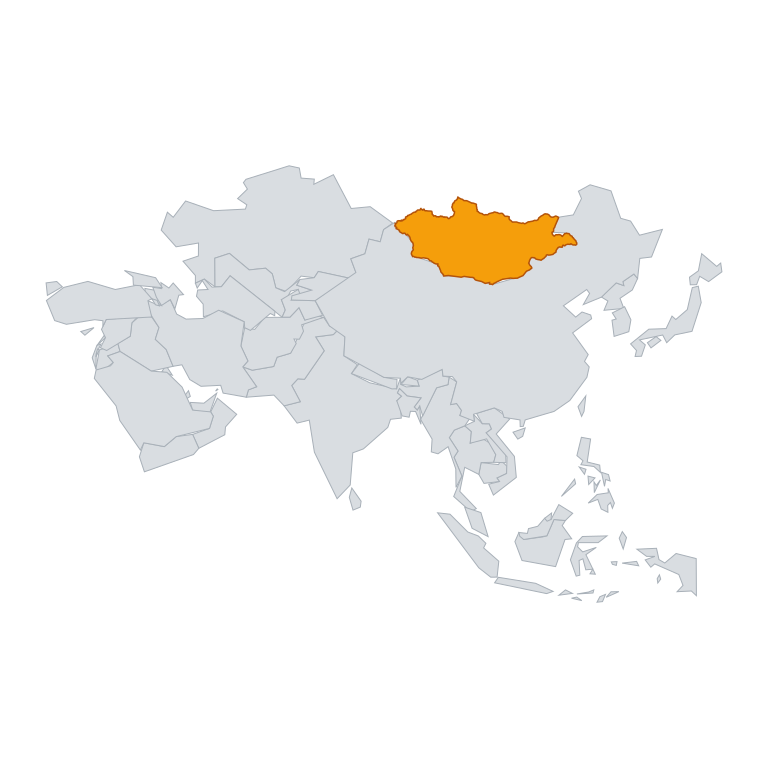 Asia, with Mongolia highlighted
{"feature_id": "MNG", "entity_name": "Mongolia", "entity_type": "country or territory", "adm_level": 0, "iso_a3": "MNG", "parent_name": "Asia", "parent_adm1": "", "projection": "mercator", "projection_center": [102.872, 46.856], "detail": "fine", "context": "in_parent", "style": "filled", "palette": "amber", "viewbox_px": 768, "rotation_deg": 0, "n_neighbors": 45, "source": "natural_earth", "source_scale": "50m", "svg_char_len": 18733}
<svg xmlns="http://www.w3.org/2000/svg" viewBox="0 0 768 768"><path d="M392.7,223.1L383.6,229.6L380.2,241.8L369.0,239.1L364.9,253.8L350.8,258.8L355.9,272.5L352.5,278.9L318.3,271.5L314.2,277.7L301.1,276.1L286.7,291.6L275.8,287.8L272.3,273.9L265.6,268.2L249.2,269.9L229.4,253.4L214.8,258.2L215.0,286.8L204.3,279.1L195.4,283.2L195.4,275.5L183.0,261.2L198.4,256.0L198.5,243.0L176.1,246.8L161.2,230.1L167.4,212.2L173.2,217.3L185.6,201.0L213.6,210.7L245.4,209.1L246.8,204.8L237.6,198.6L247.4,189.1L243.4,182.6L246.0,179.3L289.1,165.8L299.3,168.0L301.1,178.1L314.3,179.1L313.8,184.3L333.4,174.7L351.2,208.5L370.2,206.7L392.7,223.1Z" fill="#d9dde1" stroke="#a8b0b8" stroke-width="1"/><path d="M215.0,286.8L214.8,258.2L229.4,253.4L249.2,269.9L265.6,268.2L272.3,273.9L275.8,287.8L284.6,291.6L299.9,279.5L296.8,285.2L311.7,290.1L304.5,295.5L297.8,294.9L298.2,289.4L290.6,291.1L286.1,300.0L281.4,299.6L285.3,310.0L282.1,317.2L230.1,275.8L221.4,286.7L215.0,286.8Z" fill="#d9dde1" stroke="#a8b0b8" stroke-width="1"/><path d="M696.2,558.6L696.4,595.7L691.4,591.0L677.1,591.7L683.0,585.4L678.8,574.5L654.7,563.9L650.8,567.2L645.2,559.9L654.9,556.4L646.6,556.4L636.9,549.2L656.5,548.3L659.0,559.6L664.8,563.0L676.1,553.5L696.2,558.6ZM605.5,594.4L602.5,601.6L597.0,602.2L599.9,596.7L605.5,594.4ZM657.8,583.0L657.2,578.7L659.4,574.8L660.7,579.1L657.8,583.0ZM565.4,520.5L562.2,525.6L571.7,538.8L565.0,539.5L555.6,566.6L522.0,560.5L514.9,541.6L518.9,532.5L523.7,539.5L542.3,537.0L546.9,535.8L554.0,519.5L565.4,520.5ZM622.1,563.1L636.6,561.4L638.7,565.8L622.1,563.1ZM616.3,565.4L612.4,564.3L611.3,561.9L617.0,561.6L616.3,565.4ZM622.3,531.6L626.5,537.5L623.2,549.0L619.2,538.2L622.3,531.6ZM582.4,536.5L607.0,535.9L598.2,542.6L578.4,542.6L577.6,546.8L582.7,551.9L596.3,547.4L585.9,554.7L595.3,574.2L590.0,573.8L592.8,569.2L585.8,569.8L582.9,558.8L579.1,560.5L579.8,575.2L576.2,576.1L570.4,559.8L576.4,543.0L582.4,536.5ZM581.8,600.6L571.5,598.2L576.8,597.1L581.8,600.6ZM576.9,594.0L588.7,592.0L593.8,589.9L593.0,593.0L576.9,594.0ZM565.5,589.9L572.4,593.4L558.9,595.2L565.5,589.9ZM498.4,577.3L535.6,583.3L553.1,591.4L546.6,593.6L494.6,582.8L498.4,577.3ZM483.6,547.9L498.8,561.2L497.1,577.1L490.8,577.2L478.8,567.8L437.6,512.8L450.0,514.2L467.8,532.0L478.3,536.0L485.9,543.3L483.6,547.9Z" fill="#d9dde1" stroke="#a8b0b8" stroke-width="1"/><path d="M606.2,597.3L611.0,591.8L618.9,591.6L606.2,597.3Z" fill="#d9dde1" stroke="#a8b0b8" stroke-width="1"/><path d="M101.0,344.0L96.2,353.5L95.9,369.0L92.2,357.8L96.9,345.3L101.0,344.0Z" fill="#d9dde1" stroke="#a8b0b8" stroke-width="1"/><path d="M105.5,337.7L97.1,345.3L104.5,335.0L105.5,337.7Z" fill="#d9dde1" stroke="#a8b0b8" stroke-width="1"/><path d="M99.4,350.0L95.9,356.9L97.4,349.0L99.4,350.0Z" fill="#d9dde1" stroke="#a8b0b8" stroke-width="1"/><path d="M99.4,350.0L117.8,343.3L120.1,351.5L107.7,355.9L113.3,362.5L102.4,371.0L95.9,369.0L99.4,350.0Z" fill="#d9dde1" stroke="#a8b0b8" stroke-width="1"/><path d="M190.2,402.4L203.9,403.2L216.7,393.2L209.6,413.2L192.6,410.1L190.2,402.4Z" fill="#d9dde1" stroke="#a8b0b8" stroke-width="1"/><path d="M185.8,399.2L185.4,394.7L188.5,390.7L190.3,396.4L185.8,399.2Z" fill="#d9dde1" stroke="#a8b0b8" stroke-width="1"/><path d="M166.0,365.4L172.3,375.2L161.8,371.7L166.0,365.4Z" fill="#d9dde1" stroke="#a8b0b8" stroke-width="1"/><path d="M120.1,351.5L117.8,343.3L130.3,336.2L131.9,322.8L140.4,315.5L151.7,317.0L159.0,327.5L155.3,339.3L166.2,349.5L173.1,366.3L151.3,371.1L120.1,351.5Z" fill="#d9dde1" stroke="#a8b0b8" stroke-width="1"/><path d="M210.7,411.9L217.4,398.2L236.7,414.3L225.5,426.9L224.8,434.7L198.8,448.3L192.6,434.4L209.5,428.4L213.3,416.2L210.7,411.9ZM217.9,389.5L215.6,391.1L217.2,388.9L217.9,389.5Z" fill="#d9dde1" stroke="#a8b0b8" stroke-width="1"/><path d="M478.8,474.4L481.1,462.6L498.4,464.6L501.0,460.5L507.3,466.6L506.6,473.5L497.1,478.0L499.6,481.5L484.0,483.4L478.8,474.4Z" fill="#d9dde1" stroke="#a8b0b8" stroke-width="1"/><path d="M493.7,462.3L481.1,462.6L478.8,474.4L464.7,467.3L459.8,491.4L476.3,508.6L470.7,511.6L453.7,496.5L461.9,476.1L454.0,457.3L458.0,451.1L449.3,437.7L454.3,430.1L464.8,425.8L471.4,431.6L470.2,443.2L482.3,438.5L490.9,443.7L495.8,454.7L493.7,462.3Z" fill="#d9dde1" stroke="#a8b0b8" stroke-width="1"/><path d="M506.0,462.7L493.7,462.3L495.8,454.7L486.6,438.9L470.2,443.2L471.4,431.6L464.8,425.8L474.4,421.3L473.5,414.3L482.3,423.7L489.3,423.8L491.5,429.0L486.2,432.8L505.6,452.7L506.0,462.7Z" fill="#d9dde1" stroke="#a8b0b8" stroke-width="1"/><path d="M464.8,425.8L454.3,430.1L449.3,437.7L458.0,451.1L454.0,457.3L461.9,476.1L456.0,487.4L455.8,469.0L448.1,446.7L438.0,453.8L431.3,451.9L432.1,439.1L420.6,419.4L436.6,387.8L448.0,384.6L449.1,377.1L456.7,381.9L450.6,404.6L456.6,403.5L461.5,410.4L459.9,415.5L470.7,417.1L464.8,425.8Z" fill="#d9dde1" stroke="#a8b0b8" stroke-width="1"/><path d="M488.7,484.2L499.6,481.5L497.1,478.0L506.6,473.5L507.0,456.8L486.2,432.8L491.5,429.0L489.3,423.8L482.3,423.7L476.5,413.4L494.3,407.9L509.7,419.0L496.2,434.0L514.4,456.4L516.3,477.4L493.4,495.1L488.7,484.2Z" fill="#d9dde1" stroke="#a8b0b8" stroke-width="1"/><path d="M637.6,278.5L632.3,290.0L620.0,298.3L623.8,308.4L604.0,310.3L607.9,301.0L601.5,297.1L606.1,292.3L616.2,282.9L623.8,285.6L622.9,281.6L633.9,274.0L637.6,278.5Z" fill="#d9dde1" stroke="#a8b0b8" stroke-width="1"/><path d="M612.3,312.9L624.6,306.7L630.9,319.8L628.8,331.7L614.1,336.4L612.0,320.2L616.2,319.0L612.3,312.9Z" fill="#d9dde1" stroke="#a8b0b8" stroke-width="1"/><path d="M449.1,377.1L448.0,384.6L436.6,387.8L422.7,416.0L419.7,406.2L417.3,410.2L414.2,407.0L421.0,397.9L407.1,396.0L399.5,388.6L397.5,392.9L401.6,396.2L396.8,400.8L400.2,402.5L401.3,418.1L390.5,419.3L387.8,427.4L363.4,448.9L352.8,452.8L350.2,485.0L337.1,498.7L314.4,452.2L309.3,420.1L297.1,423.1L284.1,405.8L300.3,401.7L291.7,385.5L297.9,378.8L304.5,379.3L324.2,350.8L315.6,336.9L333.3,334.6L338.8,328.8L344.9,336.9L343.9,355.8L357.3,364.6L351.5,373.6L369.7,382.8L396.6,388.8L400.4,378.2L401.0,384.5L406.2,386.9L419.1,386.1L417.2,380.2L442.2,369.4L443.0,376.1L449.1,377.1Z" fill="#d9dde1" stroke="#a8b0b8" stroke-width="1"/><path d="M419.7,406.2L421.0,424.3L415.6,411.5L410.4,411.3L409.1,417.2L402.1,415.9L396.8,400.8L401.6,396.2L397.5,392.9L399.5,388.6L407.1,396.0L421.0,397.9L414.2,407.0L417.3,410.2L419.7,406.2Z" fill="#d9dde1" stroke="#a8b0b8" stroke-width="1"/><path d="M417.2,380.2L419.1,386.1L401.0,384.5L407.7,376.8L417.2,380.2Z" fill="#d9dde1" stroke="#a8b0b8" stroke-width="1"/><path d="M397.0,379.5L396.6,388.8L391.9,388.9L351.5,373.6L359.6,363.0L384.0,377.4L397.0,379.5Z" fill="#d9dde1" stroke="#a8b0b8" stroke-width="1"/><path d="M338.8,328.8L333.3,334.6L315.6,336.9L324.2,350.8L304.5,379.3L297.9,378.8L291.7,385.5L300.3,401.7L284.1,405.8L273.9,395.1L246.3,397.2L248.4,389.9L256.6,386.7L242.8,366.9L252.3,370.2L273.7,366.5L277.1,357.2L290.6,353.2L304.9,321.7L323.6,317.3L329.5,326.0L338.8,328.8Z" fill="#d9dde1" stroke="#a8b0b8" stroke-width="1"/><path d="M264.7,317.4L289.9,317.2L299.0,307.6L304.9,320.1L312.9,314.7L323.6,317.3L301.6,324.8L303.5,331.2L299.4,339.2L294.0,339.0L296.2,343.5L290.6,353.2L277.1,357.2L273.7,366.5L252.3,370.2L242.8,366.9L247.9,361.0L240.9,346.0L244.7,327.7L254.7,329.4L264.7,317.4Z" fill="#d9dde1" stroke="#a8b0b8" stroke-width="1"/><path d="M282.1,317.2L285.3,310.0L281.4,299.6L298.2,289.4L300.2,294.7L291.4,300.0L315.2,300.7L322.6,315.3L304.9,320.1L299.0,307.6L289.9,317.2L282.1,317.2Z" fill="#d9dde1" stroke="#a8b0b8" stroke-width="1"/><path d="M299.9,279.5L314.2,277.7L318.3,271.5L352.5,278.9L315.2,300.7L291.4,300.0L291.9,295.8L311.7,290.1L296.8,285.2L299.9,279.5Z" fill="#d9dde1" stroke="#a8b0b8" stroke-width="1"/><path d="M195.4,283.2L204.3,279.1L212.1,287.1L221.4,286.7L230.1,275.8L274.9,311.3L274.7,315.7L270.3,313.5L250.4,330.4L244.7,327.7L244.2,321.8L222.7,310.9L203.4,316.8L203.2,304.2L196.5,296.3L197.7,290.0L208.0,289.5L202.3,280.6L197.2,288.1L195.4,283.2Z" fill="#d9dde1" stroke="#a8b0b8" stroke-width="1"/><path d="M173.1,366.3L166.2,349.5L155.3,339.3L159.0,327.5L148.6,311.3L147.9,300.7L159.4,305.8L170.3,299.6L176.7,314.1L186.0,319.1L202.9,318.5L218.7,310.2L244.2,321.8L240.9,346.0L247.9,361.0L242.8,366.9L256.6,386.7L248.4,389.9L246.3,397.2L223.1,393.1L220.7,385.3L201.0,386.3L189.8,379.6L181.9,364.8L173.1,366.3Z" fill="#d9dde1" stroke="#a8b0b8" stroke-width="1"/><path d="M100.4,347.8L105.5,337.7L101.5,329.4L106.2,319.5L137.9,316.6L131.9,322.8L130.3,336.2L106.7,350.5L100.4,347.8Z" fill="#d9dde1" stroke="#a8b0b8" stroke-width="1"/><path d="M161.5,305.5L145.3,294.7L144.9,288.4L156.1,290.5L161.5,305.5Z" fill="#d9dde1" stroke="#a8b0b8" stroke-width="1"/><path d="M151.7,317.0L106.2,319.5L102.9,326.5L102.9,320.7L94.7,319.7L66.4,324.3L54.7,320.6L46.4,300.5L63.8,287.4L87.9,281.4L115.3,289.5L139.5,284.7L151.8,298.7L147.9,300.7L151.7,317.0ZM46.1,282.9L56.7,281.5L62.3,286.8L47.4,295.4L46.1,282.9Z" fill="#d9dde1" stroke="#a8b0b8" stroke-width="1"/><path d="M361.1,501.2L360.3,507.1L353.0,510.1L349.3,497.3L351.8,488.0L361.1,501.2Z" fill="#d9dde1" stroke="#a8b0b8" stroke-width="1"/><path d="M517.8,439.1L513.0,432.2L525.2,427.9L522.7,436.3L517.8,439.1ZM315.2,300.7L355.9,272.5L350.8,258.8L364.9,253.8L369.0,239.1L380.2,241.8L383.6,229.6L394.9,222.3L413.1,242.8L412.9,255.8L437.6,264.2L443.5,276.0L469.0,276.5L492.3,284.6L516.5,277.6L531.1,268.1L528.4,262.4L531.4,257.3L540.4,259.7L562.8,244.5L575.5,244.4L566.4,232.9L551.8,232.3L558.6,217.2L573.3,214.9L581.5,198.5L578.4,191.2L590.1,184.8L611.0,190.9L620.7,218.3L630.6,221.1L639.5,235.2L662.4,229.4L651.5,257.0L639.8,258.4L637.6,278.5L633.9,274.0L622.9,281.6L623.8,285.6L616.2,282.9L601.5,297.1L583.3,304.6L589.6,293.4L586.7,289.5L563.4,305.8L575.7,317.1L582.0,312.0L590.7,315.0L591.6,318.7L572.6,332.9L588.2,354.6L584.5,361.4L589.2,366.9L586.9,377.3L569.8,400.5L554.1,411.4L525.2,419.9L523.3,426.3L520.2,426.6L520.0,419.9L504.0,417.4L502.2,411.4L494.3,407.9L473.5,414.3L474.4,421.3L459.9,415.5L461.5,410.4L456.6,403.5L450.6,404.6L456.7,381.9L452.4,376.6L443.0,376.1L442.2,369.4L421.8,379.4L407.7,376.8L400.9,383.2L400.4,378.2L384.0,377.4L343.9,355.8L344.9,336.9L329.5,326.0L315.2,300.7Z" fill="#d9dde1" stroke="#a8b0b8" stroke-width="1"/><path d="M585.8,395.9L584.0,411.4L581.6,416.4L578.0,406.7L585.8,395.9Z" fill="#d9dde1" stroke="#a8b0b8" stroke-width="1"/><path d="M160.9,282.6L168.9,288.0L173.2,283.0L183.5,294.6L178.8,295.2L174.9,308.8L170.3,299.6L161.5,305.5L156.4,297.3L152.8,287.2L161.4,288.6L160.9,282.6ZM159.4,305.8L155.5,304.8L151.8,298.7L157.1,300.4L159.4,305.8Z" fill="#d9dde1" stroke="#a8b0b8" stroke-width="1"/><path d="M124.4,270.5L155.6,277.7L162.2,287.7L133.4,285.1L132.9,276.6L124.4,270.5Z" fill="#d9dde1" stroke="#a8b0b8" stroke-width="1"/><path d="M584.5,474.3L579.2,467.0L586.0,469.3L584.5,474.3ZM594.3,492.6L594.0,481.9L596.3,485.5L600.4,479.9L594.3,492.6ZM608.0,488.4L614.4,503.1L612.4,508.3L610.4,502.5L607.7,505.4L607.9,512.3L601.2,509.0L597.8,499.4L588.2,503.1L597.1,494.5L608.3,492.8L608.0,488.4ZM575.6,483.8L561.4,496.4L574.6,479.1L575.6,483.8ZM590.6,439.0L587.2,462.0L599.7,465.1L600.4,472.4L593.9,466.5L580.9,464.7L583.0,460.8L576.9,455.6L581.4,437.3L590.6,439.0ZM588.7,484.5L588.0,476.1L595.0,477.9L588.7,484.5ZM608.5,474.6L610.1,481.0L605.7,479.5L604.5,486.3L601.5,472.3L608.5,474.6Z" fill="#d9dde1" stroke="#a8b0b8" stroke-width="1"/><path d="M464.7,507.2L480.9,512.6L488.1,536.6L472.1,528.3L464.7,507.2ZM565.4,520.5L554.0,519.5L546.9,535.8L523.7,539.5L519.8,536.3L518.9,532.5L527.4,533.4L528.5,528.6L537.7,526.3L544.6,518.3L551.0,519.5L558.8,504.6L572.7,513.3L565.4,520.5Z" fill="#d9dde1" stroke="#a8b0b8" stroke-width="1"/><path d="M551.6,513.0L551.0,519.5L547.1,521.2L544.6,518.3L551.6,513.0Z" fill="#d9dde1" stroke="#a8b0b8" stroke-width="1"/><path d="M701.2,302.6L692.0,331.3L674.8,334.9L666.7,342.7L662.7,335.0L639.5,339.9L645.3,344.9L641.5,356.2L635.1,356.5L636.5,350.5L630.6,343.9L648.8,329.2L666.1,328.6L672.0,316.1L675.8,319.5L687.3,309.6L692.3,287.6L698.3,286.2L701.2,302.6ZM716.7,266.4L720.7,263.0L721.9,271.8L708.6,281.6L699.7,276.3L696.6,284.7L690.3,284.8L689.5,277.2L698.4,270.8L701.7,253.7L716.7,266.4ZM647.4,342.7L656.1,336.6L660.9,340.4L651.0,347.9L647.4,342.7Z" fill="#d9dde1" stroke="#a8b0b8" stroke-width="1"/><path d="M192.6,434.4L198.8,448.3L193.5,454.5L144.4,471.8L139.4,456.8L143.8,442.8L164.3,446.6L176.2,436.6L192.6,434.4Z" fill="#d9dde1" stroke="#a8b0b8" stroke-width="1"/><path d="M96.1,370.0L110.5,365.8L113.3,362.5L107.7,355.9L120.1,351.5L151.3,371.1L166.9,372.3L182.1,387.1L192.6,410.1L210.7,411.9L213.3,416.2L209.5,428.4L176.2,436.6L164.3,446.6L143.8,442.8L140.4,450.1L119.8,420.5L116.1,405.9L94.3,378.4L96.1,370.0Z" fill="#d9dde1" stroke="#a8b0b8" stroke-width="1"/><path d="M94.0,327.6L84.9,335.2L80.8,331.5L94.0,327.6Z" fill="#d9dde1" stroke="#a8b0b8" stroke-width="1"/><path d="M395.2,223.5L395.9,223.5L396.9,222.7L397.0,222.3L397.0,221.6L397.4,221.0L398.5,220.7L398.8,220.8L399.9,220.7L400.5,221.0L401.0,221.0L401.1,220.7L401.2,220.3L401.4,220.2L401.8,220.7L402.0,220.8L402.6,220.6L403.0,220.3L403.1,219.7L403.3,219.5L403.6,219.6L404.2,219.6L404.6,219.2L405.6,218.7L405.7,218.4L405.5,217.8L405.6,217.1L406.2,216.7L406.9,216.6L407.5,216.3L407.6,215.6L407.9,215.4L408.9,215.2L410.5,214.3L411.3,214.2L411.9,213.5L412.3,213.3L413.4,212.5L415.2,212.0L415.6,212.1L415.8,211.6L416.2,211.2L416.6,211.1L417.3,210.3L417.8,210.0L420.0,210.0L420.4,209.3L420.6,208.7L420.9,208.5L421.3,209.1L422.2,209.8L422.5,210.1L422.8,210.1L423.1,209.9L423.3,209.3L423.8,209.2L424.2,209.3L424.6,210.4L425.2,210.8L426.1,210.7L428.1,211.0L430.7,211.1L431.7,211.3L431.9,211.7L432.2,213.5L432.2,214.2L432.5,214.6L432.8,214.7L433.4,215.4L433.7,216.0L434.3,215.8L435.5,215.8L436.0,216.1L436.1,216.5L436.5,216.8L438.1,216.7L438.4,216.9L438.9,217.0L439.1,216.7L439.9,216.5L440.4,216.1L440.7,216.1L441.2,216.6L441.5,216.4L441.7,216.2L441.9,216.2L442.9,216.6L443.3,217.1L443.7,217.1L444.4,216.9L444.6,217.1L444.9,217.3L445.6,217.0L447.1,217.2L447.8,217.9L448.0,218.3L448.4,218.6L449.2,218.5L450.3,217.6L450.5,217.0L451.3,216.7L452.0,216.7L452.5,216.2L452.9,216.1L453.5,215.5L454.3,213.5L454.5,211.9L454.5,211.5L454.1,211.3L453.7,211.2L453.0,210.5L452.7,209.4L452.6,208.6L451.9,207.4L451.9,206.8L452.4,205.8L452.4,204.8L452.6,204.2L452.8,203.9L453.1,203.2L453.5,202.9L453.9,202.9L454.1,202.7L454.2,202.1L454.6,201.2L454.9,200.8L456.5,200.0L457.2,199.1L457.4,198.6L457.7,197.6L457.9,197.1L458.3,197.3L458.7,197.9L459.0,197.9L460.8,198.9L462.6,199.4L463.7,200.5L464.4,200.6L466.8,200.7L471.1,202.7L472.0,203.2L472.5,203.0L473.1,203.1L476.1,204.1L476.4,204.5L476.4,205.0L476.3,205.4L476.4,206.3L476.6,206.8L476.8,208.2L476.7,208.8L476.8,209.2L477.1,209.4L477.3,209.8L477.1,210.6L477.1,211.0L477.4,211.4L478.2,211.5L478.6,212.1L479.4,212.8L480.4,213.3L482.1,213.6L482.5,213.9L482.9,214.4L483.5,214.6L484.7,215.0L485.7,214.6L487.3,214.8L487.8,214.7L488.8,213.8L489.5,213.5L490.2,213.4L490.7,213.2L492.4,212.8L493.0,212.8L494.0,212.1L494.7,212.0L496.4,212.5L497.4,212.6L498.6,213.3L499.4,213.5L501.4,213.3L502.2,213.4L503.5,214.5L504.0,215.4L505.1,216.3L507.4,216.3L509.0,216.7L509.2,216.9L509.1,217.5L509.1,218.9L509.3,219.2L509.5,219.3L509.7,219.8L510.7,220.4L511.8,221.5L512.4,222.0L512.9,222.1L513.6,222.0L516.5,222.0L517.7,222.4L518.1,222.6L521.9,223.4L522.6,223.0L523.2,223.0L524.4,223.7L524.8,223.7L525.5,223.5L528.3,221.8L528.9,221.9L530.6,221.5L532.5,221.2L534.2,220.5L534.9,220.3L536.0,220.5L536.7,220.4L538.1,219.6L538.7,218.0L541.0,216.1L542.7,215.3L543.8,214.4L545.1,213.8L545.6,213.9L547.6,214.1L549.1,215.0L549.6,215.7L550.6,216.7L551.5,217.1L553.1,217.2L555.5,216.1L556.0,216.1L556.7,216.4L557.9,216.9L558.3,217.3L558.6,217.7L554.9,226.3L554.9,226.8L554.5,227.6L553.7,228.5L553.6,229.6L553.6,230.5L553.5,231.4L552.0,232.3L552.2,233.9L552.6,234.5L553.1,235.2L554.2,236.1L554.7,235.9L555.2,235.2L556.0,234.7L557.6,234.8L558.4,234.6L559.0,234.6L559.8,234.7L560.8,235.1L561.5,235.6L562.0,236.3L562.4,236.4L563.0,235.6L563.5,235.1L564.7,233.6L565.9,233.5L566.3,233.3L566.9,233.2L567.4,233.5L568.9,233.6L569.3,233.9L570.4,235.5L571.8,236.1L572.2,236.4L572.4,237.2L572.6,237.5L573.4,237.9L573.6,238.4L574.7,239.7L575.7,240.6L576.0,241.1L576.0,241.6L576.2,242.0L576.8,243.0L576.7,243.6L576.8,244.0L576.6,244.5L575.7,245.1L575.2,245.1L574.4,244.9L573.6,245.0L572.6,244.8L571.9,244.4L571.5,244.0L570.8,243.8L570.5,243.9L570.1,244.4L569.7,244.3L569.3,244.4L567.8,244.2L566.5,244.6L565.5,245.0L565.0,245.7L564.6,245.8L564.2,245.8L563.5,245.2L562.9,245.3L562.7,245.4L562.4,246.5L562.4,246.9L562.3,247.1L561.9,247.2L560.3,247.1L559.6,246.9L559.2,247.0L558.6,247.4L558.2,247.5L557.9,247.7L557.7,248.3L556.8,249.3L555.9,251.0L556.1,251.7L555.9,252.2L555.4,252.6L555.0,252.7L554.4,253.1L552.9,254.4L550.0,255.0L548.6,255.1L547.6,254.8L547.1,254.8L546.6,255.0L546.3,255.2L546.2,255.9L545.8,256.5L544.4,257.7L543.9,258.4L543.6,258.6L542.7,259.0L541.4,260.0L541.1,260.2L539.5,259.8L538.0,259.6L536.1,259.1L535.5,258.8L534.9,258.0L534.4,257.7L532.7,257.6L532.3,257.5L531.5,257.6L530.7,258.4L530.0,259.5L529.5,260.7L529.2,262.0L528.8,262.8L528.7,263.2L528.9,263.5L529.2,263.9L529.4,264.5L529.8,265.2L531.2,266.6L531.7,267.5L531.8,268.0L531.7,268.3L531.4,268.6L530.8,268.7L529.5,270.0L529.3,270.0L526.5,271.2L523.4,275.1L523.0,275.6L519.1,277.3L517.6,278.1L517.0,278.2L515.9,278.2L513.4,278.4L510.4,278.1L502.5,279.3L497.4,281.6L494.3,283.3L493.6,283.5L492.8,284.5L492.4,284.6L491.7,284.2L489.6,284.1L489.6,282.5L485.2,283.4L481.6,281.5L476.4,280.3L475.4,279.9L474.8,279.3L473.9,278.0L473.6,277.7L472.7,277.4L470.4,277.3L464.1,276.4L461.2,277.2L448.4,275.5L443.7,276.0L443.5,275.8L443.5,275.0L443.2,274.4L442.5,273.8L442.0,273.1L441.1,272.3L440.8,271.7L440.7,270.9L439.2,267.2L438.9,266.4L438.6,266.2L437.9,266.0L437.7,265.8L437.7,265.2L438.0,264.0L437.9,263.9L436.2,264.0L434.3,263.3L433.0,262.3L432.3,262.0L431.4,261.0L430.0,260.7L429.5,260.3L428.8,259.5L428.3,258.9L427.5,258.6L426.2,258.3L423.4,257.8L422.2,258.0L421.3,258.1L419.9,257.8L419.1,257.6L416.6,257.5L415.8,257.1L415.0,257.2L414.5,257.0L414.0,256.6L413.5,256.4L413.0,256.4L412.8,256.6L412.6,256.6L412.4,256.0L411.9,255.2L411.8,254.8L411.3,253.9L411.6,252.2L412.1,251.2L412.4,251.0L413.3,249.8L413.2,249.2L413.0,248.6L412.8,247.8L412.8,247.4L413.1,246.9L413.4,245.7L413.4,245.4L413.3,245.2L413.2,243.9L412.5,242.2L411.6,241.8L410.4,239.5L410.3,239.1L410.2,238.4L410.0,237.6L409.6,236.9L409.5,236.4L409.4,236.2L408.7,236.0L408.2,235.6L408.0,235.1L407.9,234.7L407.4,234.4L407.1,234.8L406.6,234.9L406.3,234.9L405.6,234.2L405.1,233.4L404.7,233.2L403.8,233.2L403.0,233.6L402.2,233.4L401.5,232.7L401.0,232.6L399.5,231.6L399.5,230.8L399.2,230.2L398.6,230.0L398.0,229.4L396.2,228.7L396.1,228.3L396.6,227.7L396.6,227.4L396.4,227.2L395.3,226.7L395.2,226.3L394.8,225.9L394.9,225.6L395.5,225.2L395.6,224.9L395.3,224.6L395.2,224.2L395.3,223.9L395.2,223.5Z" fill="#f59e0b" stroke="#b45309" stroke-width="1.5"/></svg>